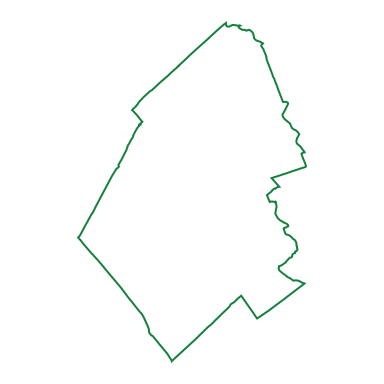 Stefan Cel Mare, Arges, Romania
{"feature_id": "2599482B99877909755934", "entity_name": "Stefan Cel Mare", "entity_type": "district", "adm_level": 2, "iso_a3": "ROU", "parent_name": "Romania", "parent_adm1": "Arges", "projection": "equal_earth", "projection_center": [25.249, 44.468], "detail": "fine", "context": "isolated", "style": "outline", "palette": "green", "viewbox_px": 384, "rotation_deg": 0, "n_neighbors": 0, "source": "geoboundaries", "source_scale": "gbopen_adm2", "svg_char_len": 5299}
<svg xmlns="http://www.w3.org/2000/svg" viewBox="0 0 384 384"><path d="M240.1,25.6L239.7,25.4L238.0,25.7L234.2,25.0L233.2,24.9L231.9,25.2L229.3,26.6L227.6,26.6L226.4,25.8L226.0,24.4L226.0,23.7L226.0,23.0L224.4,24.1L223.2,25.1L220.5,27.3L213.5,33.7L206.5,40.2L195.5,50.0L189.3,55.7L184.9,59.9L184.4,60.4L184.4,60.5L180.5,64.0L178.3,66.0L178.5,66.1L178.0,66.5L177.1,67.4L174.5,69.6L170.9,72.9L170.7,73.1L170.0,73.7L168.1,75.6L167.5,76.1L167.3,76.3L164.8,78.4L164.1,79.1L162.4,80.5L161.3,81.4L160.0,82.6L158.4,84.1L158.1,84.4L155.5,86.8L154.4,87.8L154.0,88.3L152.8,89.3L151.9,90.2L151.3,90.5L150.1,91.1L148.9,92.2L148.4,92.7L146.2,94.7L144.0,96.7L143.2,97.5L142.4,98.4L141.1,99.8L139.6,101.3L139.3,101.6L138.9,102.1L138.6,102.6L137.3,104.7L136.6,105.3L136.3,105.9L135.1,107.1L134.1,108.0L132.7,109.4L132.2,110.2L132.5,110.3L135.8,113.9L136.2,114.2L137.4,115.7L138.3,116.9L139.1,117.8L140.7,119.9L142.4,121.8L140.8,123.2L139.1,124.7L139.0,125.0L139.4,125.0L139.9,125.1L139.6,125.3L139.0,126.0L138.9,126.1L138.5,126.4L137.7,127.5L137.3,128.0L136.2,129.8L134.7,132.6L133.7,134.5L133.3,135.5L133.0,136.6L132.7,137.1L132.3,138.1L132.1,138.4L131.9,138.7L131.2,139.7L129.6,142.8L128.8,144.1L128.5,144.6L127.8,145.4L127.8,145.5L127.6,146.8L127.3,147.1L127.1,147.5L127.0,147.8L126.8,148.5L126.8,149.0L126.7,149.3L125.8,151.1L124.8,153.1L123.7,155.3L122.9,157.0L122.3,158.1L121.6,159.3L121.1,160.4L120.4,161.4L119.4,163.2L118.8,164.3L118.7,164.5L118.4,165.2L118.8,166.2L118.8,166.9L118.5,167.2L118.2,167.5L117.8,167.8L116.9,168.5L116.3,169.0L112.2,175.6L105.6,188.0L99.0,200.4L95.7,206.7L92.5,213.1L92.2,213.5L91.9,213.8L91.0,215.1L89.7,217.6L88.3,220.1L85.9,224.4L84.6,226.7L83.3,229.2L81.9,231.8L79.9,235.6L78.6,237.0L78.3,237.3L78.1,237.5L79.4,239.0L80.6,240.3L81.9,242.0L83.3,243.8L84.7,245.4L86.3,247.3L88.9,250.4L90.5,252.1L91.6,253.4L92.0,253.9L92.6,254.3L92.8,254.5L94.3,256.3L96.4,258.6L97.4,259.7L98.4,260.9L99.2,261.8L100.0,262.7L101.4,264.3L102.8,266.0L104.3,267.7L104.3,268.0L108.3,272.7L121.1,287.9L122.6,289.8L123.4,291.0L124.6,292.5L126.7,295.4L128.4,297.6L130.5,300.2L132.2,302.2L134.4,305.1L136.1,307.2L137.9,309.5L139.3,311.3L139.6,311.6L140.0,312.1L140.8,312.9L141.4,313.6L141.8,314.1L142.3,314.8L143.6,317.1L146.7,323.7L147.8,326.4L148.4,327.8L149.0,329.7L149.0,331.2L149.3,332.7L151.3,335.4L152.6,335.9L153.8,337.3L158.2,342.8L167.3,353.7L171.9,360.9L171.9,361.0L177.7,355.6L194.6,340.1L208.1,326.9L210.8,324.8L212.9,322.8L216.4,319.2L216.5,319.2L220.9,314.8L229.4,306.7L230.7,304.3L231.8,303.6L233.5,302.6L234.8,301.6L237.3,299.0L241.2,295.7L241.3,295.8L246.5,303.3L252.9,312.4L255.8,316.7L257.1,318.5L269.0,310.4L280.2,302.0L281.5,301.1L304.5,283.5L303.2,283.0L302.1,282.7L301.5,282.3L299.2,281.0L297.0,280.4L294.5,280.4L293.5,280.7L292.7,280.2L289.9,278.1L287.2,276.9L287.0,276.6L286.4,275.9L284.4,274.5L282.8,273.4L280.2,271.2L279.2,270.1L278.8,269.2L278.6,268.1L278.9,267.4L279.1,267.1L279.1,266.1L279.7,266.1L280.7,265.7L282.5,264.7L284.6,263.1L285.6,262.6L285.8,262.0L288.7,258.8L289.5,258.0L289.9,257.8L291.5,257.2L291.9,256.9L292.2,256.4L292.2,255.2L292.8,254.1L293.5,253.6L295.1,253.0L295.3,252.6L295.1,251.9L295.7,251.3L296.2,250.9L296.9,250.7L297.2,250.4L297.5,249.3L297.1,248.5L297.0,247.0L296.9,245.9L296.4,245.4L296.4,244.9L296.5,243.4L295.7,241.4L294.7,239.9L293.3,239.1L292.4,238.3L292.1,237.9L291.6,237.2L289.9,235.8L287.8,234.8L286.4,234.5L285.2,233.3L284.7,231.6L284.1,230.1L283.7,228.5L284.2,227.9L285.2,227.7L286.1,227.4L286.8,226.9L287.5,226.4L288.2,226.3L288.1,225.1L287.3,224.2L285.7,223.3L283.9,222.5L283.1,222.3L282.7,221.6L281.3,221.0L279.6,219.9L278.0,218.4L276.8,216.4L275.3,213.6L275.6,211.6L276.0,209.5L276.2,208.5L276.5,207.2L276.5,205.9L276.0,203.8L275.8,201.8L275.4,201.6L275.1,202.0L274.4,202.2L273.7,201.7L272.9,201.5L271.9,201.5L271.1,201.5L269.8,202.0L268.8,199.7L267.9,197.6L267.4,196.0L266.9,195.2L267.5,194.6L269.8,192.8L271.6,191.4L271.8,190.8L272.4,190.1L274.2,188.6L274.9,188.8L277.7,187.0L279.3,186.8L271.6,178.1L287.3,173.0L289.8,172.1L290.0,172.1L290.8,171.7L294.3,170.6L300.9,168.4L305.5,167.0L305.9,166.4L305.9,165.7L305.1,163.3L303.9,160.4L303.3,159.0L303.0,158.3L301.4,153.8L302.3,153.1L303.2,152.6L304.6,152.4L304.4,151.8L302.9,150.0L300.7,146.9L300.3,146.3L297.7,144.3L296.7,143.2L296.4,141.5L296.4,140.4L296.8,139.3L297.0,138.3L297.6,137.3L298.6,135.5L299.2,134.3L299.1,134.0L298.6,133.2L298.0,132.5L297.0,131.2L295.3,130.0L293.4,129.2L292.1,128.1L291.2,126.4L290.6,125.0L289.9,123.4L288.5,122.3L286.8,120.9L284.5,119.0L283.2,117.1L282.5,115.3L282.5,114.5L283.3,113.2L285.6,108.9L287.8,104.5L288.1,103.4L288.0,103.0L287.3,102.4L286.0,101.9L283.0,101.9L282.4,100.5L281.2,97.2L281.0,96.8L277.5,87.7L277.3,86.7L276.0,83.7L274.2,78.7L272.9,76.4L272.8,75.8L272.6,75.0L271.7,72.7L270.8,70.3L269.3,66.3L267.5,61.9L266.9,60.3L266.3,57.6L266.5,57.1L266.3,56.6L265.5,54.4L264.6,52.2L263.9,50.9L263.7,50.1L263.5,49.3L262.8,48.4L261.6,46.6L261.2,45.7L261.4,45.0L263.0,43.4L262.4,43.0L261.1,42.4L260.6,41.9L258.2,41.1L256.4,40.5L254.8,39.1L254.1,38.1L253.8,37.1L254.0,36.5L253.6,35.4L253.2,33.8L252.6,32.6L251.9,31.7L250.1,30.3L249.6,30.0L249.2,29.9L248.8,29.8L247.8,30.1L246.5,30.7L245.2,30.0L243.7,29.8L242.6,29.9L241.2,29.2L239.7,28.3L239.1,27.9L238.5,26.9L238.7,26.6L239.1,26.0L240.1,25.6Z" fill="none" stroke="#15803d" stroke-width="2"/></svg>